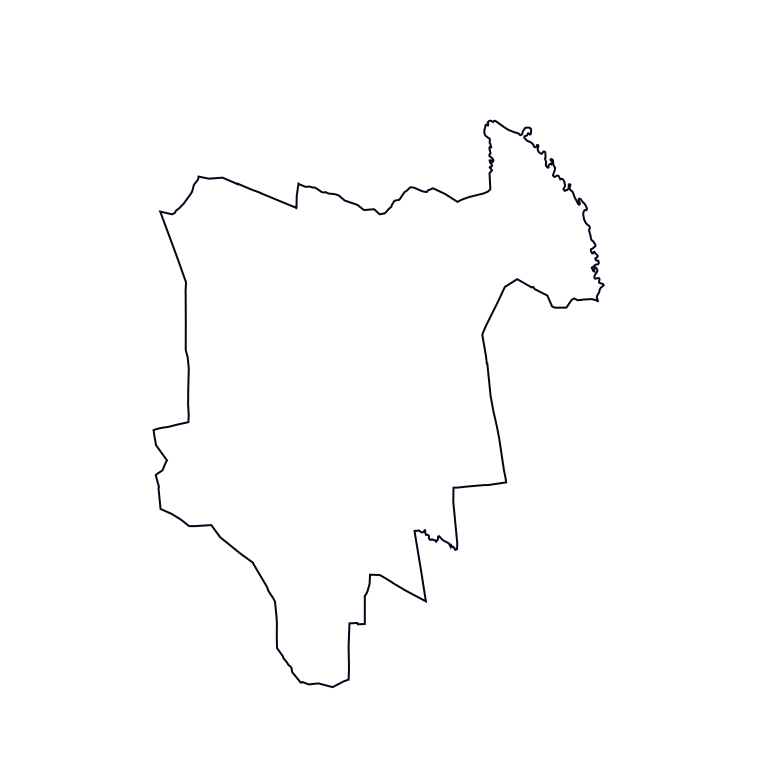 Malienas pag., Aluksne, Latvia (Robinson projection), rotated 248°
{"feature_id": "27541924B29031976448606", "entity_name": "Malienas pag.", "entity_type": "district", "adm_level": 2, "iso_a3": "LVA", "parent_name": "Latvia", "parent_adm1": "Aluksne", "projection": "robinson", "projection_center": [27.166, 57.339], "detail": "fine", "context": "isolated", "style": "outline", "palette": "ink", "viewbox_px": 768, "rotation_deg": 248, "n_neighbors": 0, "source": "geoboundaries", "source_scale": "gbopen_adm2", "svg_char_len": 6166}
<svg xmlns="http://www.w3.org/2000/svg" viewBox="0 0 768 768"><g transform="rotate(248 384 384)"><path d="M476.6,637.4L477.3,636.7L481.2,635.7L482.3,635.2L482.6,634.8L482.5,633.9L481.9,633.4L478.3,633.3L477.4,632.9L477.1,632.4L477.2,632.0L478.3,631.5L485.5,630.7L490.9,630.9L491.9,630.7L494.7,629.3L495.4,629.2L496.3,629.4L498.5,631.3L499.0,631.5L499.6,631.1L499.9,630.6L499.5,629.9L496.2,628.5L495.9,628.2L495.2,626.1L495.6,625.2L495.3,624.5L495.4,624.0L496.1,623.6L497.4,623.4L498.3,624.3L499.6,625.9L501.0,626.5L502.5,626.6L503.4,627.0L506.4,626.7L507.4,626.1L507.7,625.2L507.7,624.1L509.6,624.0L511.3,623.8L512.0,623.4L512.4,622.6L512.0,620.2L512.2,619.5L513.9,618.8L514.4,619.0L518.2,622.4L520.2,623.6L522.9,623.2L524.9,623.4L528.0,624.5L529.3,624.0L529.9,623.4L529.8,622.5L529.4,622.4L528.7,622.5L527.4,623.2L526.9,623.2L526.1,622.7L525.0,621.6L525.6,621.3L525.8,620.6L525.5,619.0L525.0,618.5L523.4,617.9L523.1,617.6L523.1,617.2L523.5,616.7L525.5,616.0L526.5,616.1L527.6,616.6L528.2,617.2L530.1,617.6L532.2,617.6L532.7,617.8L533.5,618.6L536.7,619.8L538.3,620.3L539.0,620.2L539.8,619.3L539.7,618.8L538.4,616.9L538.4,616.3L539.3,615.5L541.0,614.4L542.8,614.2L544.0,614.3L545.8,615.5L546.2,616.0L547.4,616.5L547.8,616.3L548.2,615.8L548.1,615.3L547.0,614.4L546.8,613.6L546.9,612.7L547.7,612.1L548.2,612.0L549.8,612.1L551.1,611.7L552.8,610.8L556.0,607.8L559.1,606.5L560.0,606.4L561.0,607.1L560.9,609.6L561.4,610.4L562.5,611.4L562.5,611.8L560.6,612.8L560.6,613.3L561.3,614.1L562.6,614.8L564.5,615.6L565.2,615.8L566.7,615.3L567.6,614.0L568.4,611.9L568.5,610.8L566.3,607.5L564.4,606.1L563.6,605.0L563.6,603.9L563.9,603.4L564.7,603.2L565.9,602.5L566.9,601.5L567.8,600.0L573.2,594.4L577.3,591.5L586.3,585.8L586.7,584.7L586.1,583.3L587.9,581.7L588.4,581.1L588.5,580.0L588.3,579.2L587.5,578.1L585.9,578.0L584.8,577.2L586.2,575.9L586.0,575.3L585.3,574.6L583.8,573.8L582.1,572.3L579.6,571.2L576.8,570.9L574.1,572.3L571.8,573.9L571.2,573.8L568.0,572.3L566.5,572.5L563.4,572.1L563.2,571.7L563.4,571.2L564.0,570.9L563.7,570.3L563.2,570.0L558.5,569.3L557.7,568.9L557.3,568.3L557.4,567.9L556.4,567.3L555.7,567.2L554.3,568.2L552.9,568.8L551.3,569.2L550.4,569.2L549.5,568.6L549.2,567.7L551.1,567.1L551.7,566.1L551.7,565.7L550.0,565.3L549.0,565.4L548.2,566.0L546.3,566.0L545.8,565.8L544.9,564.3L545.0,563.9L545.5,563.7L545.2,563.2L541.7,564.2L539.9,560.8L525.1,555.7L524.7,555.3L524.4,554.9L523.5,552.6L523.4,551.1L523.4,547.5L525.4,533.4L525.8,525.9L525.4,520.3L537.2,511.9L547.1,502.8L547.0,497.0L546.1,496.1L546.2,495.0L548.5,491.5L554.9,485.3L556.4,482.5L556.4,481.7L554.8,477.8L554.1,474.6L549.1,467.3L549.9,462.7L549.7,461.9L547.3,458.7L545.6,457.2L544.4,453.7L543.7,452.5L542.0,448.8L542.0,448.3L543.0,443.5L549.5,440.5L550.1,439.2L552.6,431.1L553.2,430.3L560.0,426.5L568.8,416.3L575.9,412.6L578.5,409.4L581.5,403.7L583.7,401.9L584.3,399.4L585.5,398.0L589.7,395.3L592.0,393.5L592.9,391.5L594.9,389.1L596.2,385.1L600.8,380.4L601.8,379.8L591.6,373.8L580.1,368.8L579.9,368.4L581.6,367.9L581.7,367.1L607.1,341.2L607.3,341.3L613.6,334.3L624.6,323.3L624.1,323.0L626.0,321.3L635.8,311.6L639.9,298.7L645.8,289.7L643.3,288.3L640.0,282.5L634.2,278.1L632.6,275.9L626.1,265.6L624.9,262.5L623.7,260.2L622.7,256.3L620.9,253.9L620.7,251.4L621.1,250.5L627.7,241.1L577.3,239.6L552.4,238.5L544.8,235.0L516.8,223.9L489.8,212.9L482.4,212.0L471.7,208.9L452.2,200.4L437.9,194.5L428.3,191.3L421.9,188.3L423.7,177.7L425.1,167.6L426.4,162.5L427.2,158.2L427.6,153.1L421.3,151.5L412.6,149.7L394.4,154.2L393.3,152.5L387.4,146.8L386.8,145.9L385.8,140.6L385.0,138.2L373.0,136.8L372.1,136.3L371.9,135.9L351.8,130.0L342.8,138.7L334.0,145.1L325.3,150.0L323.3,154.7L317.9,171.0L303.3,174.7L279.9,187.7L267.3,195.6L266.1,195.5L239.6,199.5L235.6,199.3L227.0,201.0L223.1,201.4L208.6,197.2L202.1,195.0L190.3,190.1L179.3,185.9L169.2,188.3L167.7,188.0L162.1,189.7L159.3,190.2L156.6,191.7L154.7,191.8L151.3,190.9L139.4,194.6L138.0,194.8L137.9,194.6L138.3,196.6L133.6,201.8L131.0,211.0L122.2,222.8L123.4,235.4L123.2,240.5L134.1,245.3L153.3,252.6L175.0,262.3L172.4,269.8L171.0,269.7L168.7,276.3L194.6,286.8L196.7,289.8L198.2,291.2L204.1,295.8L212.4,299.6L208.6,308.3L208.0,309.0L197.0,317.3L196.6,317.3L184.2,326.8L166.8,341.4L196.4,348.3L236.3,357.2L236.4,357.3L235.4,359.9L235.3,361.2L234.2,362.1L232.7,362.9L232.0,364.0L232.0,364.8L232.2,365.6L233.2,366.9L233.2,367.2L232.5,367.3L231.3,366.6L228.5,366.4L228.3,366.5L228.0,367.7L227.0,368.6L226.1,368.6L224.1,367.9L222.7,368.0L222.1,368.5L221.8,370.0L222.0,370.3L220.5,371.7L220.0,372.8L218.2,373.3L218.5,373.8L219.1,374.0L219.0,374.5L219.3,375.4L222.3,377.1L222.2,378.1L217.6,379.9L216.2,380.8L212.0,384.4L208.9,384.7L210.2,385.3L210.1,385.8L207.6,385.9L206.7,386.9L207.0,387.2L205.7,387.8L203.6,387.9L203.5,389.9L209.0,392.3L248.8,404.1L261.8,409.6L260.3,413.7L257.8,422.6L252.7,439.2L251.3,442.7L247.0,460.4L251.3,461.5L259.1,462.9L290.3,470.4L303.2,472.9L317.5,475.2L332.8,478.3L364.1,487.4L364.3,487.0L372.1,489.1L392.5,493.5L394.1,494.6L399.8,500.4L417.8,520.7L428.7,532.4L431.3,546.8L418.2,557.1L418.1,558.7L415.5,559.3L404.8,568.6L393.1,568.9L392.4,569.3L390.5,571.5L386.5,581.7L391.8,589.7L392.0,592.6L389.2,594.8L387.9,598.8L387.8,599.9L384.9,608.5L382.1,612.1L380.8,613.0L380.8,613.5L384.1,613.6L385.7,614.4L388.6,618.0L390.8,619.4L391.9,620.8L393.2,624.7L394.5,624.6L397.1,621.6L397.9,621.5L400.5,623.1L401.4,623.1L402.0,622.3L402.4,619.7L402.9,619.0L403.9,619.0L405.2,619.5L405.9,620.2L408.4,623.8L409.0,624.3L410.5,624.5L411.9,624.3L413.1,623.6L412.2,622.3L411.0,621.7L409.5,621.2L409.6,620.9L410.6,620.3L414.0,620.2L414.5,622.6L415.2,623.8L415.3,625.2L414.8,627.4L415.6,628.4L417.8,628.9L418.3,628.6L418.6,627.5L419.9,626.8L421.2,626.9L421.5,627.3L421.5,628.8L422.4,630.0L423.5,630.1L424.8,629.4L427.7,628.5L427.7,627.5L426.8,626.8L427.1,626.1L427.9,625.8L429.8,625.6L431.2,626.2L431.5,626.8L431.3,627.7L431.7,629.2L432.1,629.8L432.5,631.5L434.0,632.2L438.2,631.3L439.3,630.5L441.0,630.3L444.0,631.0L449.2,631.6L450.3,632.0L450.6,632.6L452.4,633.6L453.8,633.4L455.5,632.3L457.6,631.4L461.8,631.2L466.8,632.3L468.4,633.2L470.0,634.9L470.1,635.5L469.3,636.7L470.3,637.8L472.1,638.0L476.6,637.4Z" fill="none" stroke="#020617" stroke-width="2"/></g></svg>